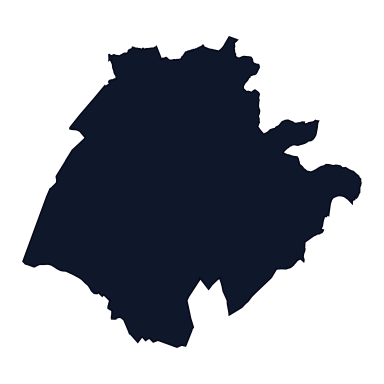 Yehualtepec, Puebla, Mexico (Natural Earth projection)
{"feature_id": "50627088B45895820566273", "entity_name": "Yehualtepec", "entity_type": "district", "adm_level": 2, "iso_a3": "MEX", "parent_name": "Mexico", "parent_adm1": "Puebla", "projection": "natural_earth1", "projection_center": [-97.668, 18.767], "detail": "fine", "context": "isolated", "style": "filled", "palette": "ink", "viewbox_px": 384, "rotation_deg": 0, "n_neighbors": 0, "source": "geoboundaries", "source_scale": "gbopen_adm2", "svg_char_len": 5860}
<svg xmlns="http://www.w3.org/2000/svg" viewBox="0 0 384 384"><path d="M111.7,318.9L115.7,319.0L116.5,318.2L117.3,317.7L118.8,317.3L120.0,317.3L121.3,317.7L122.7,318.9L124.0,320.1L128.5,330.8L129.6,333.8L129.8,333.8L130.0,333.5L137.8,342.3L142.1,336.5L145.5,340.5L149.2,338.0L153.3,342.0L157.9,340.2L176.8,347.1L177.1,347.1L181.6,345.1L185.6,346.0L191.8,330.3L191.8,329.6L192.0,329.2L193.3,327.3L190.6,318.4L186.8,300.5L188.4,296.9L199.5,279.8L199.7,278.7L199.5,278.1L199.3,277.1L208.6,289.2L212.2,284.5L217.2,279.7L219.7,277.9L221.3,282.7L222.4,286.9L223.2,291.2L227.4,300.6L227.4,303.6L228.9,311.8L229.2,315.0L241.7,307.4L245.6,303.3L247.8,301.5L251.7,296.4L256.1,292.0L271.3,277.5L276.2,269.3L277.4,268.9L281.0,268.6L286.3,268.8L287.4,268.3L290.3,267.5L293.4,265.1L294.4,263.7L295.8,262.3L296.8,260.8L298.9,259.4L300.6,258.8L303.7,261.6L304.0,260.0L303.1,257.0L303.2,255.5L303.7,253.1L304.4,251.5L304.9,249.1L304.5,247.8L304.8,242.1L310.9,237.7L314.1,235.5L314.9,235.3L317.3,233.9L319.6,233.7L320.2,233.1L321.9,232.5L323.1,230.8L323.3,230.0L321.9,229.6L320.6,228.9L320.8,228.7L321.6,227.5L322.0,226.4L322.3,226.0L322.6,223.7L323.3,220.1L323.7,219.0L323.9,218.1L324.3,216.9L324.8,216.3L326.3,216.6L327.7,214.6L328.6,215.4L330.2,203.7L331.5,199.8L333.2,197.5L337.3,195.8L339.0,195.5L341.4,195.7L344.2,196.4L348.1,199.2L352.2,203.5L352.3,201.2L352.5,200.3L354.1,199.7L354.7,199.5L355.3,197.3L356.5,198.0L357.7,196.2L358.9,193.4L359.6,192.5L359.7,186.8L360.3,186.0L361.0,183.0L360.5,181.4L360.6,179.1L359.1,177.6L358.5,176.0L356.0,174.0L353.3,171.5L351.1,170.8L349.2,169.9L345.5,167.6L344.3,167.9L341.7,167.9L341.4,167.0L340.1,165.9L339.0,165.8L337.3,165.4L335.7,165.3L333.1,165.8L330.5,165.1L328.3,164.7L326.2,164.6L323.4,166.3L322.0,166.4L320.9,166.8L319.2,167.7L316.2,169.7L313.3,171.2L311.0,172.1L306.9,171.3L304.4,169.1L302.8,168.9L303.0,167.6L301.3,165.9L299.4,164.4L299.2,162.7L298.4,160.0L298.3,159.1L297.2,157.0L293.2,156.5L290.4,155.7L289.1,155.0L287.6,155.0L282.9,152.9L284.3,150.7L286.7,148.4L288.2,147.5L289.6,146.1L291.4,145.5L292.4,144.7L295.0,144.6L296.4,145.0L298.2,145.2L300.2,144.4L302.2,144.0L305.1,143.0L306.8,142.0L308.1,140.9L310.7,140.6L311.8,140.1L312.8,139.3L313.6,138.4L314.4,137.3L315.2,135.9L315.8,134.7L317.2,127.4L317.4,124.5L317.7,122.9L318.5,121.0L316.5,120.9L315.4,120.4L314.2,121.4L313.2,122.0L308.7,122.8L307.5,123.6L305.1,124.1L303.9,123.3L304.3,122.2L301.8,122.1L300.5,122.9L298.4,123.0L296.1,123.5L294.1,123.2L292.9,122.1L290.9,121.4L287.9,120.1L287.0,120.4L285.4,120.4L284.4,121.0L282.5,121.6L281.6,122.5L279.2,125.5L277.8,126.4L276.1,127.1L275.2,128.6L273.8,128.7L270.2,129.9L269.2,131.0L267.0,132.8L265.1,133.5L263.9,134.6L260.2,130.3L257.4,126.4L258.1,125.4L258.4,124.1L259.3,122.2L258.8,120.0L259.1,119.1L258.6,117.7L258.3,116.4L258.3,115.4L259.1,113.9L259.6,110.7L258.4,107.2L258.3,105.4L258.6,101.8L259.0,99.9L258.4,98.3L258.7,96.2L259.3,94.3L258.6,92.8L257.3,91.7L255.0,90.0L253.2,91.0L251.9,92.5L248.2,91.4L246.8,91.7L245.8,91.2L245.1,90.4L243.5,89.0L243.2,87.3L243.3,86.0L244.2,84.2L245.3,82.4L246.1,81.8L247.8,79.7L248.5,77.9L249.7,77.3L250.2,75.6L251.5,75.3L253.2,74.6L254.8,74.4L256.1,73.5L257.1,71.8L258.1,69.5L259.2,67.5L258.9,65.2L258.2,64.5L256.3,64.3L254.1,63.4L253.4,62.9L252.7,62.0L252.3,59.5L251.7,58.3L250.9,57.3L248.4,56.9L247.3,56.9L245.2,56.6L243.7,56.5L242.6,56.8L239.8,58.0L238.7,58.2L238.0,58.1L236.1,56.9L235.3,57.2L235.5,56.3L235.4,55.3L235.5,54.2L234.9,53.2L234.5,52.1L234.4,51.3L234.4,50.0L234.0,48.3L234.6,46.5L234.3,44.6L234.3,42.5L235.7,41.7L237.4,39.9L229.2,36.9L223.6,46.5L223.3,46.8L221.7,48.8L218.8,51.2L211.8,49.6L209.2,49.2L204.1,47.1L203.9,46.9L203.6,46.3L203.4,45.4L202.9,45.2L202.1,46.2L201.5,46.3L200.5,47.1L199.7,47.2L199.2,47.4L198.7,48.0L197.9,48.0L197.1,48.7L196.7,48.9L195.6,49.0L195.2,49.3L194.0,49.8L193.2,49.5L192.2,50.5L191.3,50.1L191.1,50.4L191.0,51.0L190.7,51.1L189.6,50.8L189.2,51.3L188.8,51.4L188.4,51.1L188.1,51.1L187.8,51.4L187.1,51.8L185.7,52.1L185.3,52.6L184.2,54.6L183.7,55.0L182.8,56.5L182.0,56.9L181.5,58.2L181.5,58.7L181.1,59.0L177.8,59.8L177.0,59.5L176.5,59.9L175.0,59.9L174.5,59.7L173.6,59.8L171.9,60.3L170.3,60.3L169.2,60.1L167.5,58.7L166.5,57.7L166.1,57.5L165.0,57.9L164.2,58.7L163.5,58.7L163.0,58.2L162.7,58.4L162.7,59.0L161.6,59.8L156.4,46.6L156.1,47.0L154.8,47.4L154.0,48.1L153.2,48.2L150.7,48.3L149.2,48.7L147.8,48.6L147.4,48.9L145.9,48.7L145.8,49.3L145.6,49.5L144.9,49.5L144.6,49.4L143.2,48.4L142.6,48.5L141.9,49.4L141.4,49.6L140.3,48.9L139.3,48.6L138.2,49.0L137.9,48.6L137.1,48.3L135.8,48.4L133.4,47.4L132.6,47.2L132.4,47.3L132.6,48.0L131.5,49.1L129.9,49.5L129.3,50.0L128.7,50.2L128.5,50.5L128.0,52.5L127.0,53.2L126.4,53.4L124.3,53.3L119.0,56.2L118.0,55.7L116.8,55.7L115.8,55.5L114.0,54.8L113.1,55.0L112.5,55.9L110.4,55.6L109.4,54.5L108.9,54.7L109.1,58.5L109.0,60.3L109.7,59.8L111.0,60.0L110.7,60.2L112.5,64.2L113.0,68.3L113.9,70.5L114.2,72.4L114.6,73.6L115.8,75.3L116.1,76.0L116.2,77.1L116.2,79.3L114.3,79.0L113.0,79.9L110.6,80.1L109.3,80.8L108.7,81.8L109.6,83.9L105.2,86.7L104.8,85.8L94.3,98.4L79.6,115.5L70.1,127.5L69.9,128.8L71.1,129.2L76.7,129.7L79.9,131.2L85.3,137.6L84.8,138.4L83.6,139.7L72.2,150.3L66.0,160.3L65.3,161.8L56.5,176.0L56.3,176.4L56.5,178.3L56.9,180.1L56.7,181.9L56.3,183.2L52.5,186.9L51.4,188.2L50.2,188.6L46.8,196.5L23.0,261.4L25.4,263.9L28.0,264.6L30.6,265.6L32.3,266.2L33.7,266.8L34.5,266.8L36.6,265.6L39.5,264.3L44.4,264.3L46.5,264.1L48.2,264.1L51.4,264.9L56.0,267.7L56.4,268.2L60.3,270.2L62.2,270.7L65.9,271.0L72.1,273.8L78.9,277.4L81.8,279.3L85.4,282.9L88.0,285.1L89.7,287.5L91.6,290.9L94.2,293.3L97.2,293.6L98.4,292.5L102.2,296.2L103.8,294.7L107.6,298.4L109.1,300.0L110.4,298.4L108.7,304.3L108.9,305.0L108.3,305.6L108.1,306.9L108.1,308.3L108.5,308.7L109.2,308.7L110.1,309.6L111.4,310.2L111.8,310.6L112.0,311.6L111.9,314.8L111.5,316.6L111.5,317.6L111.7,318.9Z" fill="#0f172a" stroke="#020617" stroke-width="1.5"/></svg>